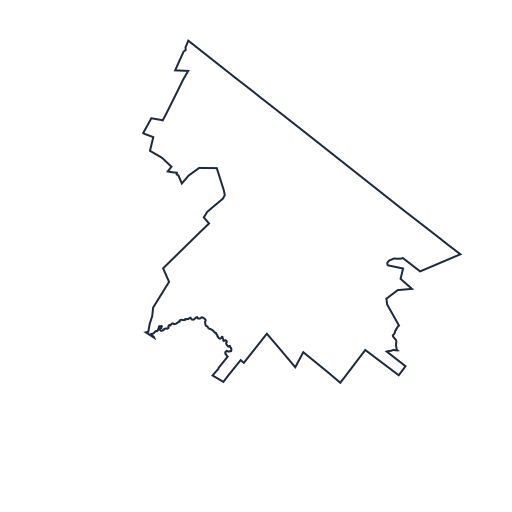 outline of Agua Prieta, Sonora, Mexico, rotated 38°
{"feature_id": "50627088B23353633303984", "entity_name": "Agua Prieta", "entity_type": "district", "adm_level": 2, "iso_a3": "MEX", "parent_name": "Mexico", "parent_adm1": "Sonora", "projection": "orthographic", "projection_center": [-109.212, 31.022], "detail": "fine", "context": "isolated", "style": "outline", "palette": "slate", "viewbox_px": 512, "rotation_deg": 38, "n_neighbors": 0, "source": "geoboundaries", "source_scale": "gbopen_adm2", "svg_char_len": 5717}
<svg xmlns="http://www.w3.org/2000/svg" viewBox="0 0 512 512"><g transform="rotate(38 256 256)"><path d="M416.0,128.8L400.5,129.0L390.0,128.9L362.8,129.0L345.8,129.1L277.3,128.7L221.7,128.4L165.0,128.3L163.6,128.4L152.5,128.2L129.9,128.3L70.1,128.0L72.0,135.0L73.8,137.0L73.1,139.5L78.0,159.5L88.6,151.9L90.1,162.5L91.8,170.3L97.7,199.2L99.0,206.6L97.7,207.1L88.7,211.9L89.1,214.1L91.4,228.6L93.3,228.3L99.2,226.4L101.9,225.6L107.7,238.4L121.4,236.5L134.4,237.7L134.4,243.7L138.8,241.4L142.3,239.1L143.3,240.6L144.6,240.2L145.5,240.4L152.9,244.5L153.4,234.1L157.0,221.6L171.0,210.9L190.1,224.0L193.9,227.2L194.6,231.2L191.6,245.2L190.4,251.4L191.1,257.7L199.0,259.3L197.2,271.6L190.4,322.9L203.4,329.9L206.7,360.0L211.2,367.2L214.1,375.1L217.8,382.0L216.2,384.0L226.1,383.1L225.4,382.7L224.7,382.6L223.4,382.6L222.8,382.8L221.3,382.4L221.3,382.2L221.4,381.9L221.7,381.6L222.1,381.2L222.3,380.9L222.6,380.6L222.7,380.4L222.7,380.2L223.0,379.7L223.0,378.9L223.1,378.5L223.0,377.7L223.2,377.3L223.2,377.0L223.4,376.9L223.7,376.5L224.0,376.4L224.1,376.2L224.4,376.0L224.4,375.0L224.2,374.6L224.1,374.4L224.0,374.2L224.1,373.8L223.7,372.8L223.4,372.2L223.1,371.6L223.1,371.3L223.0,371.0L223.2,370.7L223.4,370.7L223.5,370.5L223.7,370.3L223.8,370.3L224.1,370.1L224.5,369.6L224.8,369.8L225.1,369.6L225.2,370.0L225.4,370.2L225.7,371.1L225.5,371.3L225.4,371.6L225.2,372.1L225.0,372.5L225.1,373.0L225.5,373.3L226.2,373.4L226.6,373.4L227.1,373.3L227.3,373.3L227.8,373.0L227.9,372.6L228.0,372.5L228.2,371.9L228.4,371.8L228.5,371.7L228.5,370.8L228.7,370.7L228.6,370.3L228.6,370.0L228.7,369.8L229.0,369.4L229.5,368.8L229.8,368.4L230.0,368.4L230.4,368.3L230.5,368.2L231.1,367.5L231.3,366.8L231.3,366.6L231.3,366.4L230.4,365.7L230.3,365.4L230.1,364.9L230.1,364.6L230.3,364.4L230.2,364.4L230.2,363.9L230.8,362.9L231.1,362.7L231.3,362.2L231.3,361.9L231.3,361.5L231.5,360.8L231.6,360.6L231.8,360.5L232.3,360.2L232.5,360.1L232.8,360.1L233.3,360.2L233.5,360.1L233.8,359.8L234.2,359.1L234.9,358.2L235.0,357.9L235.0,357.7L235.0,357.4L235.3,356.4L235.5,356.2L235.6,355.7L235.7,355.3L235.8,355.1L236.1,354.8L236.2,354.6L236.1,354.4L235.8,354.1L235.6,353.9L235.7,353.7L235.8,353.2L235.9,352.9L236.3,352.4L237.0,351.9L237.3,351.6L237.6,351.5L237.8,351.5L238.3,351.2L238.7,350.8L239.0,350.5L239.3,350.1L239.0,349.8L239.0,349.6L239.1,349.4L239.6,348.8L240.1,348.7L240.3,348.5L240.5,348.1L240.8,347.8L241.1,347.7L241.3,347.6L241.4,347.4L241.5,347.0L241.6,346.5L241.7,346.1L242.0,345.8L242.0,345.7L242.1,345.2L242.4,345.0L242.6,345.0L243.1,345.2L243.6,345.4L244.3,345.5L244.6,345.5L245.0,345.3L245.4,345.1L245.7,344.9L245.8,344.7L246.2,344.1L246.3,343.8L246.3,343.0L246.6,342.0L246.6,341.8L246.7,341.5L246.7,341.1L246.8,341.0L246.9,340.9L247.2,340.8L247.2,340.5L247.3,340.4L247.5,340.5L247.8,340.6L248.1,340.9L248.3,341.0L248.6,341.0L248.8,340.9L249.0,340.8L249.8,340.2L250.5,339.4L250.8,338.5L250.8,338.1L250.9,337.9L251.3,337.6L251.8,337.3L252.3,337.2L252.6,337.3L253.3,337.2L253.8,337.1L254.3,337.1L254.7,337.1L255.8,337.5L256.0,337.8L256.3,338.4L256.3,338.7L256.3,339.2L256.4,339.5L257.1,339.9L257.6,340.5L257.8,340.7L258.2,340.9L258.7,341.4L259.2,341.7L259.8,341.8L260.4,341.6L261.0,341.5L262.9,342.1L263.6,342.1L264.4,342.0L264.8,341.7L265.3,341.5L266.3,341.5L266.8,341.2L267.3,341.2L267.6,341.3L269.5,341.4L270.5,341.8L270.8,341.6L271.5,341.3L271.9,341.3L272.2,341.4L272.4,341.7L272.7,341.9L273.6,342.1L273.8,342.2L274.0,342.1L274.3,342.3L274.5,342.5L274.9,342.7L274.9,342.8L275.0,343.0L275.3,343.1L276.1,343.1L276.6,343.5L277.3,343.6L277.7,343.6L278.0,343.5L278.3,343.3L278.6,343.0L278.8,342.9L278.8,342.6L278.9,342.4L279.1,342.0L279.2,341.6L279.1,341.2L278.9,340.8L278.9,340.7L279.2,340.5L279.4,340.4L279.6,340.6L280.0,341.1L280.7,341.4L281.1,341.6L281.7,341.9L281.8,342.1L282.0,342.4L282.3,342.8L282.5,342.8L282.8,342.8L283.0,342.7L283.3,342.2L283.4,341.9L283.7,341.5L283.9,341.1L284.1,341.1L284.6,341.2L285.2,341.1L285.4,341.2L285.7,341.6L285.9,341.8L286.0,341.9L285.9,342.3L286.0,342.8L286.4,343.4L286.6,343.6L287.6,344.0L289.4,344.4L290.0,344.4L290.2,344.2L290.2,343.7L290.3,343.5L290.7,343.0L290.8,343.0L291.0,343.0L291.4,343.4L291.6,343.6L292.1,343.7L292.5,343.7L292.8,343.8L293.2,344.2L293.8,344.4L294.2,344.8L294.4,345.1L294.5,345.5L294.7,346.0L294.8,346.2L294.9,346.3L294.6,346.8L294.1,347.3L293.7,347.5L293.5,347.9L293.2,348.2L292.6,348.4L291.7,348.7L291.3,348.7L291.2,348.9L291.2,349.0L291.2,350.1L291.1,350.3L291.0,350.6L291.2,351.0L291.3,351.2L291.4,351.3L291.5,351.3L292.3,352.0L292.5,352.1L293.0,351.9L293.4,352.2L294.2,352.4L294.6,352.7L295.0,352.8L295.6,352.8L295.4,367.2L295.8,368.1L295.3,376.9L307.8,375.3L307.7,367.2L308.0,347.5L312.2,347.7L312.4,310.6L331.2,314.4L355.4,319.5L352.5,302.7L386.2,303.4L400.5,304.0L400.0,262.8L441.9,262.1L441.8,254.5L441.6,250.8L433.1,250.8L428.2,250.8L417.8,250.8L418.6,249.7L419.0,249.3L419.5,248.9L420.8,247.5L422.0,245.5L422.1,245.4L422.6,245.2L423.1,244.9L424.2,244.2L424.9,243.8L425.1,243.6L425.4,243.5L425.6,243.3L425.3,243.3L424.8,243.2L424.0,242.7L423.0,241.7L422.6,241.3L422.0,240.9L420.5,239.1L419.9,238.1L419.5,237.4L419.1,236.9L418.4,236.2L417.7,235.9L417.2,235.8L416.2,235.7L413.7,235.1L413.2,234.7L412.9,234.6L412.7,234.2L412.8,233.9L412.8,233.0L412.9,232.6L412.7,231.2L412.6,230.8L412.5,230.6L412.3,230.4L411.7,229.0L411.7,228.6L411.9,228.1L411.7,227.9L411.6,227.4L411.4,227.0L411.6,226.7L411.4,226.1L411.3,225.8L411.3,225.0L411.3,223.9L411.4,223.3L411.5,222.8L389.3,213.5L385.0,209.4L388.7,195.6L399.1,185.9L384.0,185.0L379.6,175.3L365.8,182.1L365.5,182.1L364.8,181.8L364.0,181.0L363.7,180.5L363.6,179.8L363.7,177.7L366.4,172.8L366.7,172.7L368.1,171.8L369.0,171.2L372.2,168.5L372.9,167.2L394.8,167.1L416.0,128.8Z" fill="none" stroke="#1e293b" stroke-width="2"/></g></svg>